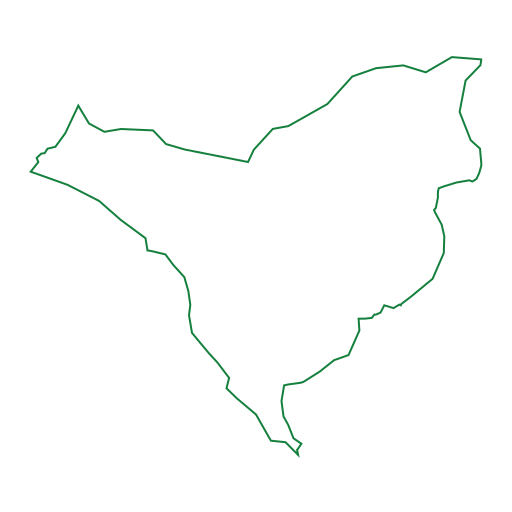 the district of Sam Gbalor, River Cess, Liberia
{"feature_id": "62588387B40614732140726", "entity_name": "Sam Gbalor", "entity_type": "district", "adm_level": 2, "iso_a3": "LBR", "parent_name": "Liberia", "parent_adm1": "River Cess", "projection": "natural_earth1", "projection_center": [-9.418, 5.385], "detail": "fine", "context": "isolated", "style": "outline", "palette": "green", "viewbox_px": 512, "rotation_deg": 0, "n_neighbors": 0, "source": "geoboundaries", "source_scale": "gbopen_adm2", "svg_char_len": 1693}
<svg xmlns="http://www.w3.org/2000/svg" viewBox="0 0 512 512"><path d="M79.5,107.7L78.3,105.6L76.5,109.5L71.8,119.4L70.1,123.0L65.3,133.2L58.4,142.7L57.9,143.3L55.4,146.8L47.5,148.7L44.6,153.2L41.3,153.6L36.7,157.9L38.3,162.1L30.7,171.7L67.5,184.8L99.0,200.9L100.1,201.8L120.6,219.8L145.5,238.2L147.5,250.5L150.8,250.9L165.4,254.4L173.4,265.1L184.3,277.1L184.6,278.1L188.3,290.9L190.3,304.8L189.0,315.2L192.0,332.9L197.7,339.8L208.6,352.9L217.5,362.6L229.1,377.9L226.5,388.3L236.8,398.3L256.0,414.5L270.9,440.7L285.5,442.2L298.1,454.9L297.1,449.9L298.3,448.3L299.8,446.1L301.4,443.7L293.5,438.3L288.2,424.9L283.5,416.4L281.5,401.0L284.1,385.4L288.0,384.5L301.1,382.7L301.7,382.3L303.1,382.1L306.9,379.7L314.8,374.7L319.6,371.7L320.0,371.4L324.6,367.7L325.5,367.0L334.2,360.1L339.2,358.4L348.1,355.2L348.5,355.1L359.4,330.5L359.3,329.5L359.2,328.0L358.6,318.7L364.3,318.7L371.8,317.9L374.3,314.6L375.9,314.6L380.5,312.6L384.3,305.3L393.5,308.1L399.4,304.6L400.8,305.3L401.5,303.8L404.5,301.6L410.9,296.7L426.9,283.5L432.6,278.8L433.9,275.9L434.2,275.1L443.1,254.6L443.8,252.9L444.3,236.3L441.7,224.7L435.0,212.3L434.1,209.9L435.8,208.0L437.9,197.6L437.9,192.1L438.7,188.3L443.8,186.4L456.5,182.5L469.3,180.3L472.3,181.5L476.4,179.0L479.1,173.3L481.3,165.7L481.3,163.4L480.4,153.3L480.0,148.6L478.0,146.8L470.7,140.2L459.6,111.9L465.6,80.5L477.3,68.4L480.4,65.2L481.2,60.4L481.2,59.4L451.9,57.1L425.8,72.3L414.3,68.8L403.3,65.4L376.0,68.2L352.3,76.5L327.4,104.0L311.5,113.0L288.3,126.1L272.8,128.9L253.9,149.6L248.0,162.0L217.6,156.0L185.1,149.6L168.9,144.9L166.1,144.1L155.8,133.3L153.0,130.4L121.0,129.0L104.4,131.8L89.0,123.5L79.5,107.7Z" fill="none" stroke="#15803d" stroke-width="2"/></svg>